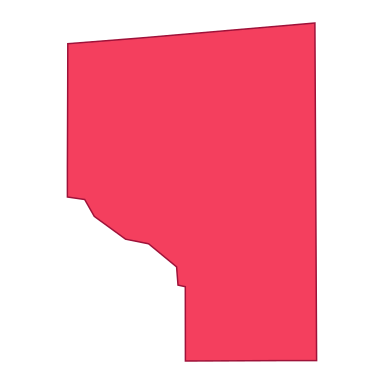 outline of Covington, Mississippi, United States of America
{"feature_id": "52423323B85290148440084", "entity_name": "Covington", "entity_type": "district", "adm_level": 2, "iso_a3": "USA", "parent_name": "United States of America", "parent_adm1": "Mississippi", "projection": "equal_earth", "projection_center": [-89.603, 31.615], "detail": "fine", "context": "isolated", "style": "filled", "palette": "rose", "viewbox_px": 384, "rotation_deg": 0, "n_neighbors": 0, "source": "geoboundaries", "source_scale": "gbopen_adm2", "svg_char_len": 338}
<svg xmlns="http://www.w3.org/2000/svg" viewBox="0 0 384 384"><path d="M316.6,360.6L314.9,23.0L139.1,38.1L67.8,43.7L67.7,86.8L67.4,167.0L67.4,197.0L84.7,199.5L94.3,216.4L125.6,239.2L148.6,243.8L176.6,266.9L178.0,285.1L185.3,286.7L185.4,361.0L279.9,360.6L313.3,360.6L316.6,360.6Z" fill="#f43f5e" stroke="#9f1239" stroke-width="1.5"/></svg>